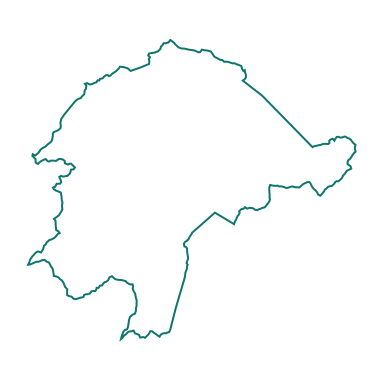 Icó, Ceará, Brazil, rotated 183°
{"feature_id": "56859067B37935390607257", "entity_name": "Icó", "entity_type": "district", "adm_level": 2, "iso_a3": "BRA", "parent_name": "Brazil", "parent_adm1": "Ceará", "projection": "natural_earth1", "projection_center": [-38.777, -6.36], "detail": "fine", "context": "isolated", "style": "outline", "palette": "teal", "viewbox_px": 384, "rotation_deg": 183, "n_neighbors": 0, "source": "geoboundaries", "source_scale": "gbopen_adm2", "svg_char_len": 5326}
<svg xmlns="http://www.w3.org/2000/svg" viewBox="0 0 384 384"><g transform="rotate(183 192 192)"><path d="M145.7,316.4L147.0,315.5L148.4,317.6L149.3,320.3L151.3,321.1L154.6,322.0L156.2,322.8L157.9,322.6L159.8,323.0L161.8,323.6L164.2,324.0L166.7,323.7L168.6,325.4L170.5,325.4L171.9,326.1L173.7,326.9L175.4,327.6L177.0,328.6L178.1,330.1L180.5,333.3L183.0,333.8L184.6,334.2L187.1,334.2L189.6,334.7L191.1,332.2L192.6,331.8L197.0,333.5L201.9,333.9L207.1,334.8L210.1,334.8L213.0,335.7L216.6,338.7L217.6,340.0L219.9,341.6L221.6,342.6L223.4,340.1L226.0,339.1L228.1,339.1L229.2,337.0L230.6,335.6L231.0,333.3L232.4,331.7L233.5,330.5L235.0,330.1L236.4,329.3L240.5,328.5L242.1,328.0L242.9,326.1L241.1,324.5L242.0,322.4L241.4,320.1L241.6,317.6L249.8,313.7L259.6,309.7L262.4,311.9L264.7,312.7L266.8,313.1L268.5,313.3L270.5,313.3L271.3,311.9L274.0,308.8L277.7,306.1L279.3,304.2L281.1,303.3L282.3,304.4L283.9,304.1L285.8,302.8L287.1,300.9L289.9,300.1L290.4,298.5L292.1,298.6L293.2,296.5L294.8,296.0L298.0,294.3L299.9,294.1L302.5,295.2L304.6,294.4L303.1,292.7L303.3,289.6L304.5,287.7L304.7,284.0L307.0,281.6L307.9,280.0L310.3,279.1L312.0,277.9L313.9,275.9L320.4,267.0L321.8,265.1L323.7,262.5L326.5,257.9L327.0,254.2L326.4,250.7L326.8,248.7L328.6,246.9L330.9,245.7L333.3,244.5L334.0,242.8L333.9,240.9L334.2,238.3L334.8,235.5L336.2,234.0L338.5,232.1L340.8,229.6L343.5,228.1L345.3,226.5L347.3,223.2L350.4,220.2L353.0,221.4L353.3,219.7L350.0,216.7L349.7,213.2L347.2,211.9L345.9,213.6L343.6,215.4L340.0,217.3L337.7,215.2L336.2,214.9L334.5,216.0L332.5,216.1L329.4,215.9L327.2,217.7L325.4,218.2L322.7,217.7L320.8,216.4L320.4,214.0L317.3,212.9L315.8,213.8L314.3,214.0L310.2,210.4L311.3,208.5L313.9,208.0L314.9,204.0L317.3,201.6L319.4,201.1L321.8,200.6L323.5,201.3L325.3,200.1L323.6,196.7L323.1,195.0L324.1,193.4L327.6,193.1L328.8,190.2L331.1,189.1L329.9,187.4L327.7,186.2L324.5,185.2L323.0,184.6L322.1,181.0L321.7,177.2L320.8,174.8L321.2,171.4L320.5,167.8L321.7,165.3L323.6,161.9L326.0,159.8L328.5,158.0L326.8,156.2L326.4,151.6L325.6,146.8L323.4,145.8L322.0,144.1L323.8,143.1L325.4,140.8L326.8,139.2L329.7,137.3L331.9,136.6L334.6,133.8L335.3,132.0L336.9,130.8L337.8,126.8L339.6,123.7L341.2,124.3L343.0,124.5L344.4,123.7L346.2,121.6L348.1,119.3L350.0,116.1L350.7,113.4L351.9,110.8L350.0,111.1L347.9,112.1L346.0,113.1L343.9,114.1L341.6,114.3L339.6,115.2L337.9,116.1L335.6,116.5L333.7,114.9L331.2,114.1L329.7,111.8L328.9,110.2L327.7,109.0L326.8,107.1L326.3,105.0L325.9,102.7L325.6,100.9L323.3,100.6L321.1,99.9L319.4,98.2L317.6,97.1L315.9,95.2L314.9,93.3L313.9,90.7L311.5,88.5L311.5,85.6L311.3,82.5L309.3,81.6L307.3,81.3L306.0,80.6L304.9,79.3L302.9,78.9L300.1,79.7L298.1,80.6L296.5,80.9L294.8,81.6L294.4,83.5L293.0,84.2L290.9,84.5L288.5,85.4L287.2,87.6L285.2,87.9L283.3,88.1L282.5,89.6L282.2,91.3L280.4,91.3L279.1,93.6L276.9,94.0L275.6,96.4L274.4,97.4L272.9,97.9L271.1,99.4L270.0,102.5L267.6,103.7L266.1,102.5L264.3,101.0L261.9,100.5L259.9,100.4L257.9,100.4L255.5,100.0L253.4,99.4L252.2,98.1L250.1,96.9L248.2,96.4L246.5,96.7L245.8,94.6L246.2,92.7L245.1,90.0L243.4,87.4L242.8,84.5L242.2,82.6L241.6,81.0L241.5,77.5L241.4,75.0L241.8,73.3L241.8,70.4L242.6,67.5L245.0,66.3L247.3,64.1L248.2,61.0L248.4,58.3L248.6,56.4L248.9,53.6L249.7,51.5L252.0,50.6L253.4,48.4L254.6,44.6L255.2,41.4L253.9,42.6L252.8,44.7L250.9,46.1L248.4,48.9L246.9,49.5L245.3,49.7L243.0,50.5L241.5,47.8L239.1,47.2L237.4,46.5L236.1,43.9L232.9,44.6L231.3,43.9L229.8,45.6L228.4,47.1L227.4,48.5L226.3,50.8L224.4,50.8L222.8,49.4L221.4,48.7L218.9,47.1L216.8,45.8L215.7,47.9L214.1,49.0L212.3,49.6L210.7,49.5L209.3,50.4L207.5,50.8L206.4,53.9L202.3,74.5L194.9,105.6L194.5,108.0L194.4,110.8L193.7,113.4L193.0,115.4L193.2,117.1L192.5,119.2L193.7,120.7L193.2,122.7L192.4,125.3L192.7,127.3L193.3,129.9L193.8,132.5L193.9,135.2L195.2,136.8L196.8,137.3L197.4,140.0L196.2,141.9L194.6,142.9L192.8,145.1L192.0,147.2L190.6,149.4L189.6,151.5L186.7,154.3L168.0,172.6L148.3,162.1L147.7,164.4L146.5,166.9L145.3,170.2L144.1,171.8L143.3,173.6L143.9,175.2L142.6,176.6L141.4,177.7L139.7,177.9L138.3,179.6L136.2,178.3L133.7,179.2L131.6,179.2L130.0,178.8L127.9,177.5L125.9,177.3L124.2,178.3L122.5,178.9L120.9,179.8L118.4,180.6L116.7,183.1L115.2,185.1L114.1,187.1L113.8,188.9L114.3,190.6L114.3,193.3L114.7,195.9L115.0,198.8L115.0,200.9L114.2,203.1L111.7,202.6L108.8,202.5L106.8,202.9L105.1,202.1L102.8,202.3L100.2,201.7L97.8,200.9L95.3,201.7L93.5,202.5L91.4,202.8L89.6,202.1L87.2,202.2L85.1,202.1L83.8,203.5L81.1,205.9L79.0,207.0L77.1,208.0L75.3,208.0L74.1,206.8L72.6,203.9L70.7,201.6L68.6,200.0L67.1,198.3L65.9,196.0L63.7,195.0L61.7,197.4L60.1,199.6L59.4,201.4L57.9,202.5L56.6,204.2L54.6,205.0L52.7,205.4L51.6,206.5L50.3,207.8L49.6,209.3L48.4,210.3L46.3,210.4L44.8,211.8L43.2,213.4L41.8,216.6L40.3,218.2L38.5,221.3L37.0,222.1L34.2,223.7L35.1,226.1L38.0,227.9L38.3,229.8L37.6,231.9L35.7,233.5L33.1,238.2L32.0,239.7L30.7,240.8L31.6,243.7L31.6,245.9L31.1,247.6L33.3,249.2L35.0,251.1L36.3,252.7L38.1,253.8L39.8,254.2L41.1,255.1L42.7,255.4L44.7,254.4L46.4,254.1L48.8,254.8L50.4,254.5L51.7,252.5L52.5,250.7L54.2,252.5L56.2,251.7L57.6,250.5L57.3,248.1L58.6,247.0L60.3,247.1L63.5,246.9L66.0,245.8L68.3,245.2L70.4,244.6L72.7,244.0L74.0,243.1L81.7,250.2L82.9,251.3L102.0,268.9L111.9,278.0L126.9,291.8L147.1,305.9L145.2,307.5L144.2,309.2L144.3,312.0L145.4,314.4L145.7,316.4Z" fill="none" stroke="#0f766e" stroke-width="2"/></g></svg>